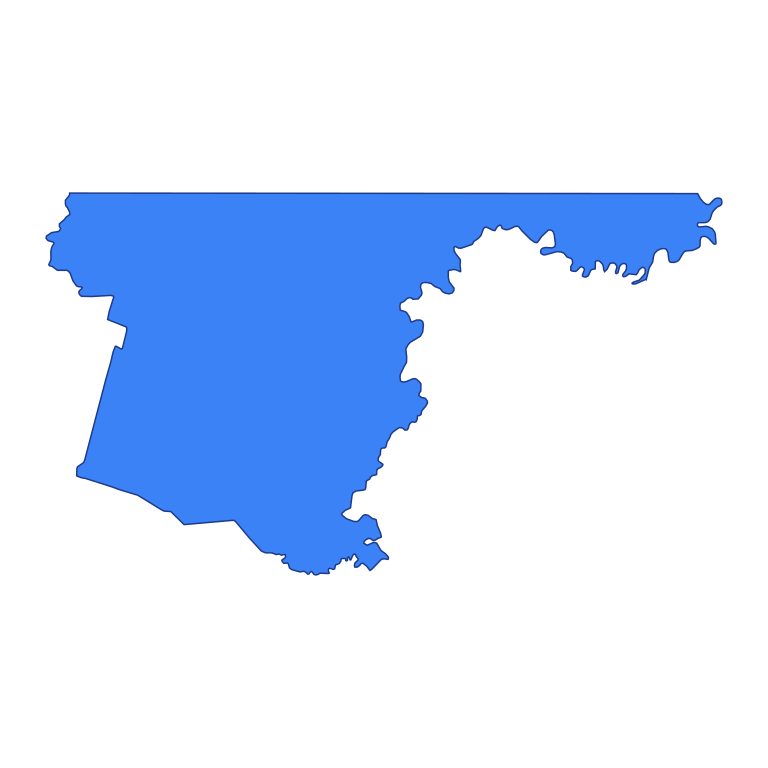 Ixcán, Quiché, Guatemala
{"feature_id": "79465075B29604867633206", "entity_name": "Ixcán", "entity_type": "district", "adm_level": 2, "iso_a3": "GTM", "parent_name": "Guatemala", "parent_adm1": "Quiché", "projection": "mercator", "projection_center": [-90.715, 15.881], "detail": "fine", "context": "isolated", "style": "filled", "palette": "blue", "viewbox_px": 768, "rotation_deg": 0, "n_neighbors": 0, "source": "geoboundaries", "source_scale": "gbopen_adm2", "svg_char_len": 6078}
<svg xmlns="http://www.w3.org/2000/svg" viewBox="0 0 768 768"><path d="M83.7,462.5L77.4,466.9L76.9,469.0L76.7,475.9L81.3,477.7L85.4,478.4L112.3,487.0L119.0,489.5L137.7,495.2L162.0,510.1L164.1,511.1L170.9,511.6L184.1,524.6L232.9,520.3L234.2,520.5L235.4,521.3L249.2,537.8L261.3,551.0L265.3,552.8L272.0,552.9L276.3,554.6L278.8,553.9L281.6,555.2L283.3,554.6L285.4,554.8L285.6,556.9L284.6,558.2L282.3,559.7L281.9,560.3L282.2,561.6L283.8,563.3L287.8,563.1L288.4,564.0L289.5,568.0L291.7,569.6L299.9,571.9L303.9,571.3L305.2,571.8L307.9,574.2L309.1,573.8L310.2,571.9L311.2,571.6L312.3,572.1L314.0,574.4L315.3,574.9L317.2,574.7L320.2,573.2L328.2,573.5L329.3,573.1L328.3,570.6L328.7,568.7L329.9,568.3L333.3,569.4L334.6,568.9L335.6,564.9L339.3,563.5L340.8,561.2L341.1,559.1L341.6,558.5L345.1,558.5L345.6,558.8L345.8,560.5L346.2,560.9L346.9,560.8L347.6,560.0L347.6,557.6L348.4,556.9L349.3,557.7L350.1,559.9L350.9,559.8L352.8,555.2L354.2,554.1L355.6,554.5L356.1,556.3L358.2,558.9L357.8,560.3L355.0,562.9L354.4,565.4L354.8,567.1L357.3,567.1L359.3,565.7L361.2,563.5L363.0,563.3L366.7,566.2L370.0,570.5L372.1,569.0L381.5,559.2L385.0,558.8L387.1,559.4L388.2,559.2L388.5,558.0L388.2,556.8L385.3,553.6L381.0,550.6L376.7,543.1L374.9,542.5L373.5,542.5L367.2,545.2L364.0,543.4L363.8,542.5L364.5,541.1L365.9,539.7L368.5,538.4L370.7,538.7L372.8,540.4L373.6,540.5L375.6,540.0L378.0,538.3L380.9,537.4L381.3,536.7L380.6,533.3L377.1,524.8L376.2,519.8L374.9,519.1L372.7,518.8L368.1,515.3L365.4,514.7L363.8,515.1L362.6,516.0L358.8,520.5L357.3,521.5L353.9,521.5L346.4,518.7L342.2,515.3L341.9,513.4L345.1,510.4L350.5,507.9L352.0,495.7L353.1,492.7L356.0,491.0L363.0,490.2L365.0,489.6L365.7,488.0L366.3,480.9L369.7,479.1L370.3,477.4L371.5,476.2L373.0,475.4L376.0,474.9L376.6,474.4L376.8,470.0L378.5,468.3L380.4,467.7L382.4,465.9L382.9,464.7L382.7,464.1L379.1,461.7L378.2,460.5L378.2,458.0L380.4,454.5L380.5,450.6L381.0,449.0L382.3,448.0L384.5,448.0L385.9,446.9L387.1,441.9L389.5,438.1L391.1,434.0L393.3,431.7L399.2,427.6L402.5,427.9L404.9,430.1L407.1,429.9L408.2,428.3L409.2,424.6L410.9,422.6L412.3,421.9L414.9,422.2L416.1,421.7L417.3,418.9L417.4,416.0L419.8,415.4L421.0,414.5L421.8,410.7L425.5,406.5L427.4,403.3L427.4,401.3L425.7,398.7L424.5,398.0L421.8,397.6L418.9,395.6L419.3,393.1L420.8,391.0L420.9,383.9L419.5,381.9L416.6,379.3L414.9,378.6L412.8,378.8L406.5,381.5L404.3,382.0L401.6,381.7L400.5,380.9L400.0,377.3L400.3,374.4L404.1,366.5L406.5,362.5L406.7,357.1L405.8,349.0L407.9,345.0L410.1,342.4L420.4,336.2L422.7,331.9L423.4,325.0L422.8,321.9L421.6,320.7L420.0,320.0L416.6,320.0L412.1,321.9L411.0,321.7L409.1,316.4L406.6,312.6L405.5,311.8L400.2,310.1L399.9,305.7L400.5,303.1L403.8,301.5L407.3,298.4L409.1,297.7L411.2,297.8L413.0,299.3L418.2,298.9L421.4,295.2L421.9,293.6L421.9,292.1L420.5,287.5L420.8,284.6L421.8,283.3L424.0,282.5L426.5,282.5L431.0,283.4L434.8,286.5L440.0,288.5L442.7,291.8L444.9,293.0L449.0,293.9L452.4,292.8L453.9,290.4L454.0,288.1L449.2,281.8L448.3,277.5L448.3,271.2L449.1,270.3L453.8,269.5L456.1,269.8L460.2,271.7L460.7,271.1L460.0,264.2L460.4,261.7L460.2,259.5L455.3,253.2L453.9,250.0L454.1,247.1L455.5,246.5L458.5,248.1L461.1,248.2L471.7,244.6L472.4,244.1L473.9,241.4L478.3,238.4L480.9,235.6L483.4,228.9L484.6,227.4L486.6,227.2L492.7,230.2L494.9,230.6L497.3,226.7L499.7,225.1L501.1,225.5L502.1,228.3L505.4,229.7L508.6,229.5L515.2,226.4L517.9,226.3L518.9,227.0L521.9,230.8L530.5,239.4L534.4,242.1L536.4,242.7L537.6,242.2L541.7,236.4L548.1,230.3L549.5,229.9L551.6,230.3L553.4,232.1L554.3,235.1L555.4,243.9L554.9,246.6L552.2,247.9L545.5,247.5L542.6,248.2L541.3,249.3L540.7,250.9L540.7,252.7L541.2,253.6L543.3,254.8L545.0,254.9L557.0,251.6L560.9,252.0L563.9,253.1L567.1,257.0L570.9,258.4L572.4,260.0L572.6,263.3L570.8,266.7L570.8,270.3L571.9,271.0L575.5,271.4L576.7,270.8L580.0,267.4L581.3,266.8L582.4,267.1L583.8,268.2L584.5,269.5L582.4,275.1L582.6,276.2L584.0,276.9L585.9,277.0L588.2,275.9L590.8,270.3L592.2,269.4L595.2,268.9L595.4,261.9L595.8,261.2L597.0,260.7L598.4,260.7L600.0,261.5L602.6,264.3L603.3,266.4L603.7,269.6L604.6,271.7L606.9,269.5L610.1,263.3L612.9,262.9L614.8,263.4L616.9,266.0L616.8,267.7L615.5,271.9L615.8,273.3L616.6,273.6L618.0,272.6L619.4,267.1L620.4,265.2L622.6,263.6L624.1,263.5L625.8,264.0L626.4,264.9L626.5,268.6L625.4,271.1L622.9,274.4L622.8,276.0L623.2,276.6L624.0,276.7L625.5,276.4L629.3,273.8L636.1,274.7L637.5,273.2L639.2,269.7L641.6,267.6L643.3,267.4L644.7,268.3L645.3,269.5L645.1,273.0L643.7,275.3L639.3,280.1L633.6,282.0L632.2,283.0L632.1,283.6L632.8,284.0L635.6,283.9L645.8,279.4L646.2,279.7L649.2,267.8L652.6,262.2L653.5,256.5L654.4,253.5L657.5,250.4L660.9,248.9L663.0,248.6L664.5,248.6L666.3,249.3L668.0,252.6L668.6,258.3L669.3,261.2L669.9,261.9L671.0,262.3L674.5,262.4L677.6,261.2L679.2,259.7L682.9,253.4L684.6,251.4L686.9,250.8L692.1,250.5L696.6,248.7L699.4,247.0L700.0,245.8L700.2,240.2L700.8,238.0L702.0,236.6L704.4,236.3L706.6,236.9L708.6,238.3L713.6,243.8L714.8,244.2L715.6,244.0L716.0,243.4L715.3,234.2L714.5,231.8L712.2,228.7L708.6,226.9L706.1,226.3L699.3,227.0L697.7,226.2L697.4,224.4L697.8,223.2L698.5,222.7L705.1,222.6L707.5,221.9L708.7,220.9L710.2,219.1L712.0,213.3L713.5,210.7L717.0,207.2L720.5,205.4L721.6,204.2L721.9,202.1L721.5,199.7L720.7,198.7L719.6,198.2L717.2,198.1L715.7,198.5L714.3,199.3L709.8,204.0L708.6,204.6L706.4,204.3L703.5,202.4L700.3,198.5L697.6,193.6L69.6,193.1L69.5,195.2L65.4,200.3L65.4,204.0L66.1,206.3L67.4,207.6L69.7,212.3L69.9,214.4L65.9,217.3L64.6,219.3L59.4,223.9L59.4,226.4L60.6,228.7L59.4,230.7L58.4,231.5L51.6,232.6L46.5,236.0L46.1,238.3L48.0,240.6L53.1,242.1L53.9,242.8L53.8,243.9L52.1,246.5L51.1,249.7L51.2,250.7L50.8,251.5L51.0,259.6L48.8,264.6L49.3,265.6L52.2,266.4L57.4,270.3L66.7,270.3L68.4,271.2L70.2,273.3L72.9,280.8L76.4,285.8L78.1,286.6L81.6,287.0L82.2,287.5L81.6,288.8L79.2,290.9L78.8,292.3L79.3,294.1L80.5,295.6L81.8,296.3L91.7,296.5L110.8,295.4L113.5,296.1L113.7,297.1L109.2,311.6L107.6,319.5L125.8,326.7L126.8,327.8L126.6,331.4L122.4,348.4L121.4,349.1L116.3,346.3L115.3,346.3L113.1,352.0L110.8,362.0L105.8,379.5L84.8,459.7L83.7,462.5Z" fill="#3b82f6" stroke="#1e3a8a" stroke-width="1.5"/></svg>